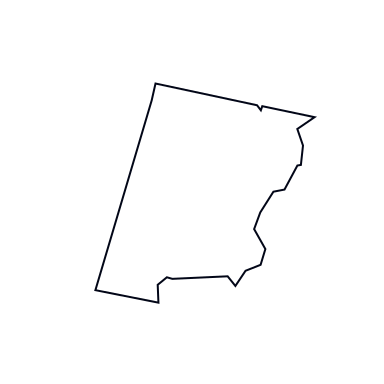 the district of Twiggs, Georgia, United States of America, rotated 222°
{"feature_id": "52423323B36481911498881", "entity_name": "Twiggs", "entity_type": "district", "adm_level": 2, "iso_a3": "USA", "parent_name": "United States of America", "parent_adm1": "Georgia", "projection": "robinson", "projection_center": [-83.494, 32.675], "detail": "fine", "context": "isolated", "style": "outline", "palette": "ink", "viewbox_px": 384, "rotation_deg": 222, "n_neighbors": 0, "source": "geoboundaries", "source_scale": "gbopen_adm2", "svg_char_len": 459}
<svg xmlns="http://www.w3.org/2000/svg" viewBox="0 0 384 384"><g transform="rotate(222 192 192)"><path d="M142.9,87.3L155.4,100.1L153.6,111.8L148.5,114.3L109.1,153.2L96.9,151.2L99.5,169.3L92.3,183.8L99.3,198.7L121.0,206.0L127.6,222.5L131.7,246.7L124.9,255.7L131.4,282.2L129.2,285.0L140.6,300.8L155.9,309.3L151.0,329.6L197.2,302.8L195.5,298.8L201.7,300.0L291.7,248.2L283.2,233.0L198.1,54.4L142.9,87.3Z" fill="none" stroke="#020617" stroke-width="2"/></g></svg>